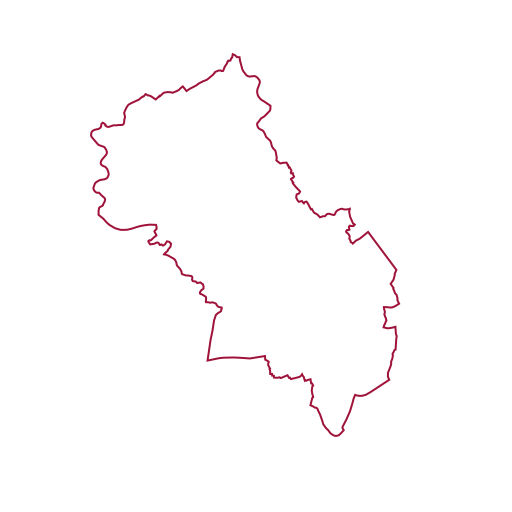 outline of Phrom Buri, Sing Buri, Thailand, rotated 148°
{"feature_id": "78962969B89393291205833", "entity_name": "Phrom Buri", "entity_type": "district", "adm_level": 2, "iso_a3": "THA", "parent_name": "Thailand", "parent_adm1": "Sing Buri", "projection": "mercator", "projection_center": [100.446, 14.789], "detail": "fine", "context": "isolated", "style": "outline", "palette": "rose", "viewbox_px": 512, "rotation_deg": 148, "n_neighbors": 0, "source": "geoboundaries", "source_scale": "gbopen_adm2", "svg_char_len": 6128}
<svg xmlns="http://www.w3.org/2000/svg" viewBox="0 0 512 512"><g transform="rotate(148 256 256)"><path d="M284.0,451.9L286.7,450.8L290.2,448.6L292.1,447.1L293.0,444.1L293.6,443.1L295.6,441.2L296.9,439.3L298.2,438.2L298.9,437.9L300.1,438.1L302.3,439.4L305.7,441.1L307.7,442.4L311.7,443.3L313.0,443.8L313.6,444.3L314.5,446.0L314.6,446.6L314.1,446.9L314.3,448.1L314.9,449.5L315.5,450.3L317.1,449.9L318.9,447.8L320.2,447.2L322.2,447.2L325.6,448.4L327.5,448.7L328.8,448.6L330.4,447.7L331.9,445.8L332.3,444.5L332.2,443.2L331.0,435.1L330.6,433.5L327.1,429.1L326.8,428.1L326.8,425.1L327.4,423.1L328.3,422.0L329.3,421.3L335.7,419.3L337.3,418.4L338.4,417.2L338.8,416.3L338.8,415.2L337.9,413.3L336.6,411.5L336.1,408.8L336.6,406.0L337.5,403.5L338.3,402.6L340.7,401.1L341.9,401.0L344.0,401.4L348.2,403.2L352.4,403.3L354.2,402.8L357.6,400.1L358.2,399.3L358.4,398.5L358.5,396.9L358.2,395.5L357.8,394.5L357.1,393.7L355.6,392.9L354.9,389.4L353.8,385.8L353.7,384.9L353.9,384.1L355.5,382.3L357.7,381.2L359.0,380.1L360.0,380.0L362.7,380.2L363.7,379.8L365.8,377.4L367.7,374.3L365.8,368.9L364.9,363.8L363.9,360.2L360.8,354.2L357.1,350.1L354.6,348.4L351.2,346.5L346.8,345.0L341.2,343.6L337.4,342.4L333.3,340.7L329.5,338.9L324.3,335.4L324.8,333.7L326.0,331.6L328.2,331.1L329.2,330.6L329.4,326.5L329.6,326.1L332.1,326.0L336.6,325.1L337.4,325.2L337.9,325.8L339.1,325.8L339.5,325.6L339.7,324.3L339.6,321.9L335.8,320.3L333.0,320.0L332.2,319.5L331.7,318.5L331.7,316.3L331.4,316.1L330.0,315.9L329.6,314.4L329.3,314.1L327.3,314.0L323.7,315.6L321.9,313.8L321.9,312.7L321.5,311.5L323.6,309.2L327.2,308.0L328.3,307.1L332.1,306.6L333.1,306.1L331.5,304.6L330.3,303.0L327.3,297.5L326.7,295.6L327.0,292.8L327.9,290.5L328.0,289.4L327.3,285.6L327.3,284.1L327.4,282.4L328.3,280.4L328.3,279.8L325.8,276.7L324.1,275.6L321.4,273.2L321.2,272.6L321.3,271.8L321.9,270.7L322.8,269.8L322.9,268.2L320.6,266.2L320.2,264.2L317.2,263.1L316.6,261.3L316.0,260.3L316.5,258.1L317.9,256.1L320.3,256.0L322.7,255.0L323.2,254.4L323.3,253.3L322.3,252.3L320.2,248.1L320.6,246.7L322.8,243.8L322.9,243.3L321.4,242.4L319.5,240.6L317.6,239.9L316.0,238.1L315.2,236.7L315.3,234.5L314.9,233.0L314.3,232.2L312.5,230.6L312.9,230.1L312.9,229.5L313.8,229.0L314.9,227.8L316.5,227.6L318.3,227.8L321.4,227.2L325.8,223.5L332.3,215.9L339.1,208.8L352.5,193.0L341.4,188.9L337.7,187.1L328.6,181.7L323.4,178.1L315.4,172.3L301.4,166.4L303.1,163.2L301.7,160.8L301.3,159.4L302.6,158.4L303.5,156.9L303.8,153.0L304.4,153.0L305.2,150.4L306.0,149.4L306.5,148.4L304.9,147.5L305.7,146.0L304.3,145.0L305.2,143.4L302.6,141.5L300.2,140.6L300.0,139.7L299.5,139.3L292.5,138.2L292.5,135.0L291.7,134.8L291.6,133.1L283.2,130.4L281.2,130.6L279.6,131.3L279.8,130.2L279.6,128.2L280.7,124.4L279.7,124.4L279.4,123.6L277.3,123.3L275.1,122.6L276.7,118.8L276.0,118.3L276.2,115.8L277.2,115.7L280.0,112.4L281.3,109.3L282.3,106.0L283.4,105.9L288.9,100.6L287.3,98.2L286.4,96.2L285.2,95.3L284.8,93.9L285.2,92.3L285.7,87.5L287.3,80.4L288.1,77.9L287.9,73.2L287.1,70.2L286.8,66.2L285.4,63.0L284.1,61.4L282.5,60.6L280.8,60.1L277.8,60.7L273.9,61.8L273.8,64.3L273.2,65.2L265.9,69.5L258.5,74.6L252.4,79.9L248.6,83.5L245.5,85.7L244.1,84.0L242.0,82.3L240.0,81.2L236.6,80.1L231.1,79.9L208.6,80.4L208.1,83.7L206.0,87.0L200.2,91.3L198.4,93.0L197.5,94.7L194.8,96.7L193.6,98.0L192.7,99.0L192.0,100.7L189.9,101.8L188.4,102.9L187.2,102.7L180.8,111.6L179.1,113.5L178.7,115.6L175.3,122.1L178.4,123.0L181.3,124.2L182.9,125.1L185.6,127.9L184.0,129.4L182.5,130.1L180.9,131.5L179.7,132.0L178.8,134.5L178.7,135.8L178.1,138.5L177.2,139.2L176.1,140.8L175.4,143.4L174.8,144.6L174.6,144.9L172.3,143.4L169.4,141.1L167.6,140.2L164.5,139.7L159.9,139.7L159.6,143.0L159.3,144.0L158.4,145.2L157.4,148.5L157.8,150.8L157.3,153.0L157.1,155.0L156.8,155.8L156.3,156.0L156.6,161.0L152.0,163.0L148.7,166.0L147.8,167.4L144.3,169.8L148.2,217.0L158.9,215.7L163.2,216.1L167.2,215.2L167.2,215.7L168.3,217.6L167.7,219.0L167.7,221.3L166.5,222.5L166.0,223.4L166.0,225.9L166.8,228.2L166.6,229.1L165.1,229.8L163.7,228.9L162.8,228.8L162.0,231.2L161.6,231.6L160.4,232.0L160.0,231.8L159.5,231.0L157.6,229.8L156.2,230.0L155.6,230.3L155.7,230.8L156.5,232.0L155.4,239.4L153.5,244.3L151.6,246.0L151.4,246.4L152.7,246.6L155.5,248.0L157.0,249.2L158.0,250.5L159.5,251.1L162.2,251.5L163.7,251.4L165.3,250.8L167.1,249.5L167.7,249.4L168.7,249.8L171.5,253.0L172.6,253.6L173.7,253.9L176.4,253.2L178.2,254.2L181.2,254.9L182.0,258.7L183.8,262.0L183.7,266.3L184.7,266.5L184.2,273.0L184.3,275.3L184.7,275.6L186.1,275.9L187.5,275.2L187.7,275.4L187.9,278.3L190.9,279.2L191.3,281.0L191.0,284.2L189.0,286.6L188.5,286.7L186.7,286.2L185.1,286.8L184.4,287.4L185.6,292.9L186.2,297.6L186.2,298.4L185.5,298.5L185.6,302.7L185.4,302.9L184.1,302.9L182.9,302.7L181.7,303.1L181.5,305.1L180.9,306.7L182.4,307.4L182.1,308.6L180.9,309.3L180.7,309.7L180.5,313.5L181.2,313.6L180.6,316.0L181.0,316.2L180.6,317.7L180.6,319.0L183.9,320.8L186.4,321.6L188.1,326.3L186.4,328.2L184.0,334.1L183.8,335.3L184.4,338.2L184.4,340.5L183.2,344.2L182.9,346.2L184.3,351.7L183.7,355.2L183.6,358.0L184.0,359.2L185.4,361.4L186.0,362.7L186.1,364.5L185.8,365.7L185.3,367.1L184.6,367.9L181.7,368.8L179.4,369.8L178.6,370.0L174.9,370.0L167.4,371.8L166.1,372.8L164.1,375.7L167.2,382.7L168.6,385.4L169.1,387.2L169.4,389.9L169.2,391.7L168.1,394.6L166.5,396.6L161.4,400.5L160.3,401.9L160.0,403.1L160.0,404.1L160.3,406.5L161.2,408.6L161.9,409.4L166.6,411.7L167.8,413.2L168.4,414.7L168.9,419.7L168.6,421.7L166.0,430.3L164.6,433.3L166.8,434.8L167.1,436.4L167.7,438.0L168.8,439.4L169.8,438.4L171.0,436.9L171.6,437.0L172.2,436.8L174.0,435.4L174.8,435.4L175.7,436.3L176.2,436.3L176.7,435.8L177.6,435.7L178.3,434.8L182.8,432.8L182.9,432.4L183.5,432.1L185.3,430.7L186.0,430.4L187.1,431.0L187.6,432.1L189.8,433.2L193.0,433.7L193.7,433.6L194.1,433.1L195.2,433.0L196.3,432.5L203.0,431.6L204.7,431.5L208.1,432.2L212.8,432.6L216.4,432.3L223.9,432.9L227.5,432.7L228.2,438.6L230.9,438.3L233.5,437.7L235.3,437.8L240.3,438.6L240.8,439.4L243.8,441.7L246.9,443.1L248.0,443.3L253.0,442.4L253.0,442.9L258.1,441.9L260.3,446.9L261.4,448.6L262.6,449.5L263.8,451.8L267.0,450.8L267.9,451.3L272.5,450.7L280.4,451.7L284.0,451.9Z" fill="none" stroke="#9f1239" stroke-width="2"/></g></svg>